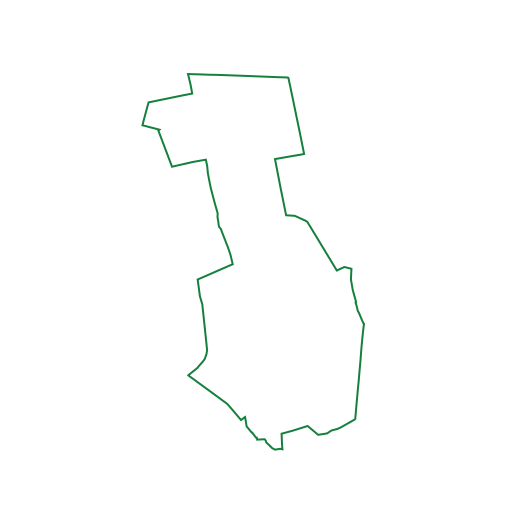 Simand, Arad, Romania (orthographic projection), rotated 149°
{"feature_id": "2599482B98372342042544", "entity_name": "Simand", "entity_type": "district", "adm_level": 2, "iso_a3": "ROU", "parent_name": "Romania", "parent_adm1": "Arad", "projection": "orthographic", "projection_center": [21.427, 46.377], "detail": "fine", "context": "isolated", "style": "outline", "palette": "green", "viewbox_px": 512, "rotation_deg": 149, "n_neighbors": 0, "source": "geoboundaries", "source_scale": "gbopen_adm2", "svg_char_len": 1932}
<svg xmlns="http://www.w3.org/2000/svg" viewBox="0 0 512 512"><g transform="rotate(149 256 256)"><path d="M268.9,443.0L270.9,441.2L281.8,430.7L286.0,426.5L273.7,414.0L275.1,413.7L277.3,401.6L282.0,375.8L261.6,369.1L249.4,364.4L251.4,358.5L254.6,351.8L256.9,345.6L259.7,337.7L263.9,323.4L266.9,312.3L269.0,309.1L270.4,305.5L272.2,301.3L272.6,299.8L272.2,297.2L272.7,294.8L275.6,277.8L277.2,270.4L280.2,260.9L282.7,261.3L318.1,265.9L324.8,250.4L326.0,245.8L326.9,242.3L331.5,232.4L342.5,208.8L346.4,200.5L349.1,197.3L351.8,195.1L353.0,194.1L355.9,192.9L361.9,191.0L363.8,190.2L364.3,190.2L364.5,190.1L365.0,190.1L365.9,189.9L367.8,189.7L369.3,189.5L374.4,188.8L375.3,188.7L375.5,188.6L374.6,186.3L373.8,184.5L361.9,156.2L359.9,151.4L356.8,144.0L355.4,136.1L353.3,123.1L348.5,123.6L348.3,123.6L351.8,114.7L351.6,113.4L350.6,106.8L350.2,106.6L349.5,100.1L348.9,99.8L349.4,98.5L349.6,98.0L343.0,94.5L342.8,93.7L342.8,93.2L342.8,92.4L343.0,91.5L343.2,90.7L342.3,87.8L341.8,86.1L341.9,85.7L341.6,85.2L341.1,83.0L339.4,80.2L334.4,78.2L332.9,76.7L330.9,80.8L325.6,90.5L314.3,87.3L299.3,83.7L294.8,70.7L290.6,69.0L289.4,68.5L286.4,67.3L283.3,67.5L280.9,67.5L275.6,65.9L271.8,65.4L255.4,65.0L254.8,65.3L245.2,78.5L238.2,88.1L233.0,95.1L226.7,103.8L220.5,112.3L212.4,123.7L203.5,135.7L201.7,138.0L199.7,140.6L198.3,142.3L198.4,142.5L198.6,143.0L198.4,144.6L198.2,146.3L197.0,154.6L197.1,156.3L196.0,159.6L195.2,162.4L194.6,164.9L193.9,165.0L191.7,173.0L190.5,177.2L186.7,187.0L180.8,195.9L186.0,201.1L194.2,201.9L194.3,235.0L194.4,258.8L195.5,260.9L202.1,270.5L209.2,275.4L199.8,301.9L198.7,304.9L189.8,329.3L180.4,325.7L167.6,320.7L165.6,319.9L162.2,318.7L154.8,339.5L139.6,382.9L136.5,392.0L137.1,392.8L139.5,394.4L143.6,397.0L176.7,418.7L195.9,431.2L202.8,435.5L210.9,440.8L217.2,444.8L220.6,447.0L220.9,445.9L223.7,437.0L227.0,428.1L238.6,432.3L250.5,436.5L265.3,441.7L268.9,443.0Z" fill="none" stroke="#15803d" stroke-width="2"/></g></svg>